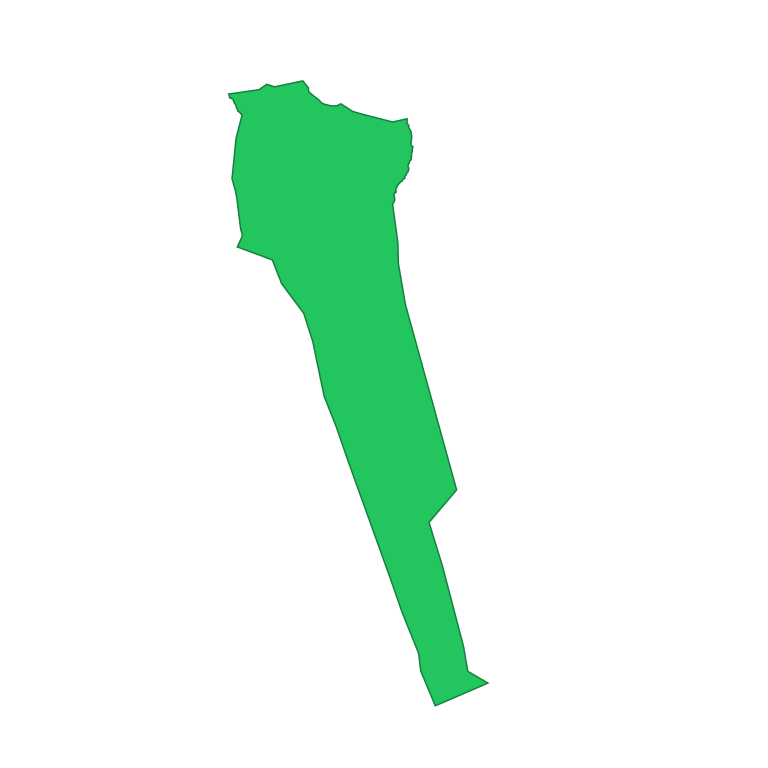 Cogt, Govi-Altay, Mongolia, rotated 343°
{"feature_id": "93677404B32157357652115", "entity_name": "Cogt", "entity_type": "district", "adm_level": 2, "iso_a3": "MNG", "parent_name": "Mongolia", "parent_adm1": "Govi-Altay", "projection": "orthographic", "projection_center": [96.826, 44.224], "detail": "fine", "context": "isolated", "style": "filled", "palette": "green", "viewbox_px": 768, "rotation_deg": 343, "n_neighbors": 0, "source": "geoboundaries", "source_scale": "gbopen_adm2", "svg_char_len": 3638}
<svg xmlns="http://www.w3.org/2000/svg" viewBox="0 0 768 768"><g transform="rotate(343 384 384)"><path d="M335.2,669.2L335.2,669.3L336.1,677.7L336.7,684.0L337.1,688.5L337.4,690.9L337.6,693.1L338.2,699.1L338.9,706.7L339.0,706.7L344.6,706.1L345.7,706.0L352.7,705.2L361.9,704.2L370.4,703.2L379.0,702.3L395.9,700.4L380.1,683.2L383.3,658.6L386.5,579.3L386.7,575.7L386.6,529.5L422.5,506.5L427.7,314.5L433.0,272.8L438.6,252.9L444.8,214.5L445.5,214.1L446.1,213.4L446.7,212.8L447.6,211.9L448.1,211.1L448.2,210.3L448.5,209.8L448.5,209.2L448.6,208.6L448.8,207.2L448.8,206.6L448.8,206.1L448.8,205.6L449.1,205.3L449.5,205.0L450.0,204.9L450.3,204.5L450.6,204.0L451.0,204.1L451.6,204.1L451.9,203.6L451.7,202.9L451.9,202.2L452.2,201.5L452.4,200.9L452.8,200.5L453.5,200.1L453.8,199.8L453.9,199.6L454.0,199.4L454.3,198.9L454.5,198.5L455.1,198.0L455.5,197.9L455.9,197.6L456.3,197.2L456.7,197.0L457.4,196.5L457.8,196.3L458.3,196.1L458.6,195.7L458.9,195.5L459.3,195.4L459.7,195.4L460.0,195.5L460.4,195.4L460.8,195.2L461.0,194.8L461.2,194.4L461.7,194.0L462.4,193.8L462.8,193.5L463.1,193.5L463.5,193.6L463.9,193.4L464.2,193.0L464.4,192.6L464.4,192.0L464.7,191.5L465.2,191.2L465.5,191.0L465.8,190.9L466.1,190.8L466.2,190.3L466.4,190.0L466.6,189.8L467.1,189.7L467.3,189.6L467.5,189.0L467.6,188.6L468.1,188.3L469.0,188.2L469.3,187.8L469.3,187.4L469.8,186.8L470.2,186.2L470.6,185.6L470.7,184.7L470.8,184.1L470.7,183.6L470.6,182.9L470.7,182.3L471.2,181.6L471.6,181.1L472.0,180.6L472.6,180.4L472.9,179.9L473.2,179.2L473.5,178.7L473.9,178.2L474.7,177.9L475.4,177.7L475.8,176.9L476.0,176.2L476.1,175.8L476.3,175.4L476.3,175.0L476.4,174.9L476.7,174.6L476.9,174.2L477.2,173.7L477.3,173.2L477.3,172.4L477.7,171.6L478.4,170.9L478.9,170.2L479.4,169.4L479.3,168.2L479.8,167.4L480.3,167.1L480.6,166.3L480.9,165.8L480.8,165.3L480.7,165.1L480.5,164.6L480.3,164.2L479.9,163.8L479.8,163.4L479.7,163.1L479.9,162.5L480.3,162.0L480.4,161.4L480.5,160.7L480.6,160.2L481.0,159.6L481.3,159.2L481.9,158.3L481.9,157.6L482.4,156.8L482.5,156.3L483.1,154.7L483.1,154.2L483.1,153.4L483.1,152.7L483.3,152.2L483.6,151.3L483.7,150.9L483.6,150.4L483.2,148.8L483.2,148.0L483.0,147.4L482.8,146.5L482.6,145.8L482.6,145.5L482.8,145.3L482.9,145.0L483.3,144.5L483.3,144.0L482.9,143.2L482.6,142.2L482.4,141.4L482.5,140.1L482.9,139.5L483.2,138.7L483.1,138.0L483.6,137.4L483.9,137.2L484.2,137.1L468.9,136.0L441.4,119.2L433.8,114.2L424.6,103.4L420.2,104.2L414.9,102.6L409.2,99.3L406.5,96.9L404.9,93.5L399.7,86.1L397.4,82.3L398.3,78.7L395.0,70.4L366.2,67.8L359.5,63.1L350.5,66.0L320.3,61.3L320.5,61.7L320.6,62.0L320.3,62.5L320.4,63.2L320.2,63.9L320.1,64.4L320.1,65.1L320.4,65.6L320.9,65.7L321.1,65.7L321.3,65.8L321.5,66.3L322.0,66.8L322.5,67.2L323.0,67.5L323.1,68.1L323.0,68.7L322.7,69.2L322.7,69.7L322.8,70.0L323.0,70.4L323.2,70.7L323.2,70.9L323.2,71.1L323.0,71.6L323.0,71.9L323.1,72.1L323.3,72.6L323.6,73.0L323.9,73.3L323.9,73.6L323.7,74.3L323.8,74.9L323.9,75.4L323.9,75.8L323.8,76.2L323.6,76.7L323.6,77.0L324.0,77.8L324.3,78.3L324.2,79.1L324.0,79.8L324.0,80.2L324.2,80.7L324.7,81.1L325.1,81.5L325.4,82.1L326.1,83.6L326.6,84.7L326.9,85.3L314.4,105.7L298.7,143.2L298.4,156.0L297.5,163.9L292.2,194.0L292.1,200.7L283.8,210.1L300.5,222.8L302.7,224.4L305.9,226.9L309.1,229.4L312.4,231.9L313.5,232.7L313.7,234.6L313.9,238.5L314.1,240.5L314.4,244.5L314.5,246.1L314.9,251.5L315.0,251.7L315.0,251.9L315.2,254.7L315.3,256.8L315.5,258.2L315.9,259.5L316.9,262.1L318.1,265.5L319.2,268.7L320.5,272.3L321.7,275.7L323.1,279.5L324.5,283.3L327.9,293.0L328.3,322.4L324.9,359.3L323.2,378.3L325.8,410.8L327.1,446.6L333.2,571.5L334.6,608.5L338.4,651.6L335.2,669.2Z" fill="#22c55e" stroke="#15803d" stroke-width="1.5"/></g></svg>